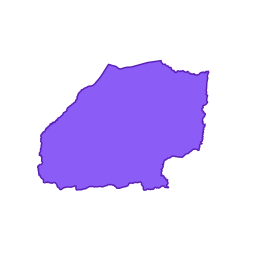 Namuno, Cabo Delgado, Mozambique (Equal Earth projection), rotated 29°
{"feature_id": "85939544B68242516881190", "entity_name": "Namuno", "entity_type": "district", "adm_level": 2, "iso_a3": "MOZ", "parent_name": "Mozambique", "parent_adm1": "Cabo Delgado", "projection": "equal_earth", "projection_center": [38.965, -13.738], "detail": "fine", "context": "isolated", "style": "filled", "palette": "violet", "viewbox_px": 256, "rotation_deg": 29, "n_neighbors": 0, "source": "geoboundaries", "source_scale": "gbopen_adm2", "svg_char_len": 5828}
<svg xmlns="http://www.w3.org/2000/svg" viewBox="0 0 256 256"><g transform="rotate(29 128 128)"><path d="M74.8,213.0L76.7,213.8L79.2,214.2L80.2,216.2L80.6,216.5L81.2,216.4L81.8,216.2L83.8,214.2L84.3,214.1L84.5,214.4L85.4,213.8L87.3,213.6L87.9,213.0L88.6,212.9L89.5,211.6L90.9,211.2L93.1,211.9L94.4,213.4L95.1,213.8L96.5,213.8L98.1,214.7L99.1,214.5L99.5,214.0L100.6,211.6L101.5,210.7L101.9,210.5L102.4,209.9L104.6,208.3L105.7,208.0L107.2,207.1L109.7,204.4L110.6,204.1L111.5,205.7L112.6,207.0L113.1,207.1L114.4,206.2L115.0,205.5L116.0,205.3L117.2,204.5L118.0,203.7L118.5,202.9L120.2,201.8L121.2,200.2L121.5,199.8L122.6,197.8L124.2,197.2L124.8,196.5L125.7,196.0L126.8,196.0L127.4,195.7L128.2,195.0L129.2,194.6L132.2,192.4L133.7,192.1L134.1,191.9L135.0,191.1L136.0,189.7L137.7,188.3L138.0,187.2L138.3,186.8L139.7,186.5L141.4,185.2L142.2,185.4L143.0,185.0L143.8,184.8L144.5,185.4L145.3,185.3L146.1,185.4L147.3,186.0L147.7,185.7L148.2,185.7L149.3,185.1L150.1,184.4L152.3,182.0L154.9,179.9L155.9,178.3L155.8,176.1L156.1,175.5L157.9,174.3L158.8,174.2L160.2,172.5L161.2,171.8L163.0,171.1L164.7,169.2L165.1,169.1L166.5,169.5L167.3,171.0L169.6,171.9L170.5,172.9L170.8,173.8L171.6,174.4L172.1,174.6L173.8,173.5L174.1,172.5L174.5,172.0L175.7,171.7L176.0,171.3L177.5,171.0L178.6,169.8L179.4,169.6L180.0,169.0L180.0,168.0L180.3,167.1L180.9,166.5L182.0,166.6L182.8,165.8L183.7,165.7L184.1,165.5L185.1,164.1L185.3,162.9L186.5,161.8L187.4,161.4L188.7,162.0L190.5,161.5L191.3,160.5L191.9,160.9L192.1,160.7L192.2,160.3L191.7,160.0L190.8,160.0L190.5,160.2L190.1,160.1L189.6,159.7L189.4,158.8L189.9,157.8L189.7,156.8L189.5,156.5L188.5,156.1L187.9,154.5L187.7,154.2L186.9,155.0L186.7,155.0L185.4,153.8L183.9,153.8L183.0,152.9L182.4,152.7L181.8,152.7L180.3,153.6L180.0,153.5L179.9,153.1L180.0,152.4L179.9,152.0L179.4,151.8L178.6,150.9L178.5,150.3L178.6,149.5L178.5,149.0L177.4,148.4L177.1,148.0L177.1,147.6L177.7,147.2L177.5,146.2L177.5,145.1L177.3,144.2L176.4,143.6L176.2,143.2L175.9,143.0L176.6,142.5L176.0,141.2L175.6,139.2L175.6,138.7L175.9,137.9L176.4,137.7L176.7,137.3L177.5,135.1L179.3,133.6L180.0,131.7L180.6,130.9L182.1,130.2L183.4,129.9L186.8,128.6L189.8,127.1L190.3,125.4L191.3,122.6L191.7,122.1L192.7,121.4L193.1,120.9L193.7,119.0L194.4,117.7L195.2,115.2L196.7,114.0L197.7,113.6L198.8,113.3L199.8,113.6L200.7,113.2L200.7,112.4L199.9,111.1L200.0,109.8L199.2,108.7L198.9,107.8L199.0,107.1L199.2,106.5L200.0,106.3L200.2,105.9L199.1,105.7L198.4,105.1L198.5,104.8L199.0,104.3L199.2,103.4L198.7,102.4L198.7,101.2L198.3,100.6L197.6,100.4L197.7,99.1L197.0,98.7L196.6,98.2L196.7,97.0L196.2,96.7L195.6,96.0L196.0,95.6L196.0,94.9L194.8,93.8L195.0,92.9L194.9,92.3L194.1,91.7L194.0,91.1L194.4,89.4L193.9,88.1L193.6,87.6L193.1,88.3L192.7,88.3L192.4,88.0L191.4,88.0L190.8,87.2L190.8,86.5L190.6,86.3L190.0,86.5L189.6,85.2L188.8,84.0L188.8,83.4L189.1,82.0L189.2,79.6L188.7,78.1L187.6,77.9L186.6,78.1L186.1,77.0L184.3,76.7L183.4,75.4L183.3,75.0L183.9,73.8L183.6,73.3L183.0,73.0L182.8,72.1L184.6,70.0L185.1,67.5L185.0,66.9L184.9,66.6L183.7,66.0L183.0,65.2L182.8,64.0L182.2,63.0L182.0,61.5L181.8,61.0L181.5,60.8L180.4,61.0L180.1,60.7L179.8,60.3L179.8,59.5L179.6,58.8L179.0,58.1L178.4,57.7L177.6,55.5L174.7,49.6L173.6,45.8L172.3,44.4L171.8,42.6L171.6,40.6L171.5,40.0L170.7,39.5L170.0,40.1L169.6,40.8L168.9,40.7L168.7,41.5L168.9,42.0L168.3,42.1L168.0,42.6L167.5,42.4L167.2,42.6L166.5,42.7L166.2,43.5L165.7,43.5L165.0,44.1L164.4,45.2L164.0,46.9L163.2,47.8L162.3,48.4L161.5,48.6L160.9,49.1L159.8,48.5L159.3,48.6L158.8,49.6L157.9,49.6L157.4,50.2L157.2,50.3L156.4,49.9L155.4,50.4L154.7,50.3L154.0,49.7L152.9,49.7L152.6,49.7L152.4,50.1L152.3,50.8L152.1,51.0L151.1,51.4L150.2,51.2L149.7,51.5L148.7,51.2L148.2,51.2L147.3,52.5L146.3,52.7L146.1,53.2L145.4,53.4L145.2,53.8L144.5,53.6L143.8,54.0L143.5,54.5L143.6,55.5L142.6,56.5L142.3,56.5L142.3,56.3L142.0,56.1L140.9,56.1L140.4,55.5L139.9,55.8L138.1,56.0L137.7,55.6L137.1,55.4L136.9,54.7L136.3,54.4L135.8,54.4L134.7,55.1L132.8,54.4L132.2,54.8L131.2,54.9L129.5,54.2L128.3,55.2L127.5,55.2L125.3,54.3L124.2,53.1L113.4,61.3L101.3,73.1L97.4,75.6L96.1,76.7L92.6,80.3L90.8,80.5L88.1,80.1L87.1,80.1L83.5,81.1L82.1,81.3L80.1,81.9L79.4,94.9L78.7,99.8L77.9,103.3L77.7,105.1L76.8,107.5L76.2,108.4L75.2,109.3L73.1,110.8L71.9,112.9L70.7,114.2L69.8,116.3L69.4,116.8L68.8,117.2L69.0,118.3L68.3,120.2L68.3,120.7L68.0,121.4L68.0,122.6L68.0,123.0L68.4,123.5L68.3,125.4L68.5,125.8L69.4,126.9L69.4,127.3L69.1,127.8L69.1,128.4L68.9,129.1L69.4,130.4L69.0,131.4L68.5,131.9L68.3,133.3L67.6,134.2L67.2,136.0L66.4,137.1L65.9,138.7L65.4,139.6L65.4,140.1L65.6,141.6L66.1,142.3L66.1,143.0L65.4,143.9L65.0,145.0L64.4,145.7L64.2,146.1L64.5,148.2L63.8,149.7L63.6,151.2L62.2,153.0L62.1,154.1L61.8,154.7L61.9,155.0L62.2,155.2L62.2,155.7L61.6,155.8L61.3,156.5L61.5,158.1L61.3,158.4L60.4,158.5L60.3,159.5L60.1,159.9L59.4,159.9L59.5,160.2L59.8,160.6L59.8,160.9L59.4,161.3L59.0,161.1L58.8,161.4L59.0,161.9L58.9,162.5L58.7,162.7L58.4,162.2L58.2,162.1L58.0,162.3L58.0,162.5L58.5,163.0L58.3,163.4L58.3,164.2L57.4,165.4L57.8,166.6L57.4,167.1L56.7,167.5L56.7,167.9L57.0,168.2L57.0,168.6L56.6,168.9L56.9,171.6L55.9,172.5L55.9,173.4L55.5,173.8L55.7,174.9L55.3,175.9L55.4,176.6L55.9,177.6L56.7,178.1L57.0,178.6L56.9,179.4L57.0,179.8L57.8,180.8L58.0,181.8L59.9,183.1L60.2,183.6L60.2,184.2L60.6,185.0L60.6,185.5L61.6,187.0L61.5,187.7L61.9,189.2L62.0,189.5L62.5,189.8L62.6,190.4L62.9,190.7L62.7,192.3L63.1,193.8L63.7,194.7L64.0,194.8L64.3,194.7L64.5,194.1L65.0,194.0L65.5,194.3L65.7,194.9L65.9,195.1L66.2,195.1L66.3,194.8L66.8,195.0L67.4,196.7L68.3,198.2L68.5,198.8L69.5,199.1L69.9,199.5L70.1,201.1L69.8,202.1L68.5,202.8L68.1,204.3L68.2,204.9L67.7,205.1L68.2,206.4L69.5,207.0L69.7,208.0L70.1,208.1L70.3,208.8L71.8,210.4L71.9,211.0L72.5,211.4L72.8,212.2L73.3,212.3L73.7,212.0L74.1,212.1L74.7,212.6L74.8,213.0Z" fill="#8b5cf6" stroke="#5b21b6" stroke-width="1.5"/></g></svg>